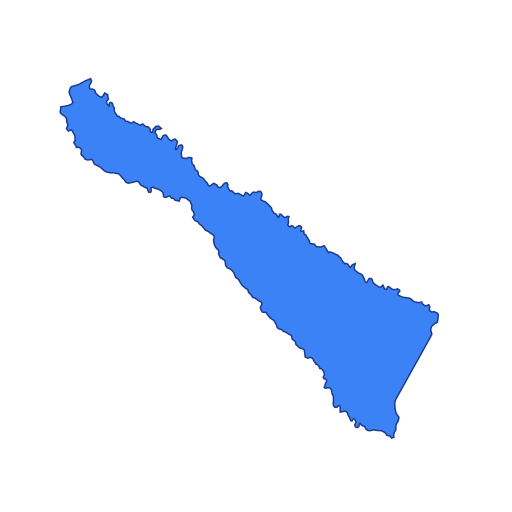 the district of Caçu, Goiás, Brazil, rotated 171°
{"feature_id": "56859067B96243703619067", "entity_name": "Caçu", "entity_type": "district", "adm_level": 2, "iso_a3": "BRA", "parent_name": "Brazil", "parent_adm1": "Goiás", "projection": "robinson", "projection_center": [-51.053, -18.733], "detail": "fine", "context": "isolated", "style": "filled", "palette": "blue", "viewbox_px": 512, "rotation_deg": 171, "n_neighbors": 0, "source": "geoboundaries", "source_scale": "gbopen_adm2", "svg_char_len": 6097}
<svg xmlns="http://www.w3.org/2000/svg" viewBox="0 0 512 512"><g transform="rotate(171 256 256)"><path d="M425.5,433.9L425.6,432.5L426.7,429.8L426.9,428.1L425.6,426.3L423.6,424.5L422.6,423.3L421.5,421.3L422.0,418.2L421.2,415.1L423.3,411.4L421.8,408.8L418.4,409.5L416.2,403.7L416.1,401.9L416.4,400.4L416.6,398.3L417.5,397.4L418.2,396.3L416.5,392.6L416.4,391.2L414.5,391.3L412.6,390.0L411.9,388.8L411.9,387.1L412.9,384.1L412.4,382.6L411.4,381.8L410.5,380.4L409.7,378.4L407.9,377.4L406.6,377.1L403.3,377.2L402.4,376.0L401.9,374.7L401.5,372.6L400.5,371.5L396.1,368.3L392.6,364.0L390.2,362.2L386.6,360.9L383.2,360.4L381.4,359.4L380.0,359.2L378.7,358.6L377.7,357.3L375.6,353.8L374.3,352.3L373.1,349.5L372.0,348.5L370.8,347.9L366.8,348.0L362.4,348.5L360.4,347.9L359.5,345.5L358.5,343.8L356.6,342.6L354.5,340.8L352.9,340.3L352.5,337.4L351.9,335.7L350.3,335.3L349.4,336.4L349.0,339.8L347.0,340.1L345.2,338.6L343.6,338.1L340.3,336.0L338.6,334.2L337.9,332.4L338.0,328.9L335.8,328.0L331.9,329.0L330.4,326.2L328.4,325.9L327.3,323.8L325.9,323.3L323.3,322.2L321.8,325.1L320.3,325.6L316.2,324.2L312.4,320.2L312.2,318.7L311.5,316.1L312.2,312.6L311.9,311.3L310.7,309.0L310.5,307.0L311.0,305.6L312.5,304.3L311.3,301.5L310.5,300.5L309.6,299.7L308.1,298.9L306.7,296.2L305.4,295.1L304.4,293.8L301.9,289.4L299.1,287.6L297.5,285.7L295.6,284.2L294.1,282.3L294.5,280.0L295.5,278.6L295.5,275.3L295.2,273.0L294.6,271.2L293.7,269.4L292.2,268.0L292.1,265.8L292.6,263.8L291.5,259.7L288.6,257.6L287.4,256.2L287.4,251.3L286.0,248.7L283.8,247.4L281.5,244.9L280.5,242.8L279.4,238.0L277.1,235.9L274.7,230.0L271.5,225.8L269.5,224.4L268.9,221.0L267.1,218.8L265.7,215.6L263.5,214.5L260.0,211.1L257.6,209.3L257.8,207.4L259.8,204.5L259.5,202.0L258.4,199.5L254.7,198.7L254.0,196.4L251.7,192.6L248.5,189.7L246.4,184.3L246.3,182.1L245.1,180.6L242.3,179.4L240.6,177.1L239.3,176.7L233.5,171.9L233.2,168.2L230.4,165.2L230.6,162.7L227.6,158.6L224.4,157.0L223.0,155.7L223.2,148.4L220.8,147.0L218.0,147.4L216.0,145.8L215.1,142.7L214.1,141.3L214.0,140.0L212.7,139.4L211.0,137.3L210.7,135.0L209.1,134.4L207.6,132.3L206.9,129.5L207.1,127.8L208.6,125.7L208.1,124.2L205.9,123.1L205.7,121.5L207.5,119.0L208.0,117.4L209.2,115.8L208.2,114.5L205.3,114.6L203.5,114.0L202.5,112.2L202.3,107.3L201.5,105.8L202.1,101.2L202.8,98.5L202.8,95.9L201.8,94.2L199.6,93.9L198.1,95.3L196.7,95.1L196.5,93.3L196.9,91.5L197.3,88.7L195.7,88.6L192.5,89.0L190.4,87.3L189.8,84.0L188.9,81.9L188.2,78.6L187.1,78.0L186.0,79.3L184.5,79.9L183.6,78.2L183.2,76.2L184.9,73.7L184.5,71.5L182.6,70.7L181.1,71.4L180.5,73.5L179.5,74.4L178.6,73.0L177.4,71.7L175.1,70.3L174.6,67.9L172.9,66.2L170.4,65.6L166.6,65.9L164.6,65.0L159.3,63.7L156.1,61.3L154.8,58.5L152.9,57.7L151.5,56.9L150.7,55.0L148.2,55.3L148.0,57.9L147.1,59.9L145.1,62.4L144.3,66.7L143.2,68.7L141.5,70.6L140.5,72.8L140.1,74.6L141.6,77.1L142.5,80.8L142.4,85.3L141.8,89.8L140.3,92.6L98.0,146.6L94.6,151.1L94.6,152.7L95.0,155.3L94.6,157.0L93.6,159.0L90.1,161.2L87.3,162.2L86.3,164.8L85.1,169.6L85.8,171.2L88.9,173.2L91.2,173.2L93.4,175.3L92.3,178.7L93.0,180.8L95.4,180.3L96.9,180.3L99.0,182.7L99.7,184.7L102.3,184.4L106.1,185.6L107.4,186.5L110.5,190.2L117.7,192.4L121.8,195.2L121.7,197.2L119.5,198.6L119.6,199.9L121.5,201.5L123.4,200.9L125.7,201.4L127.1,202.2L129.8,205.1L131.1,204.7L132.2,202.5L134.5,203.6L134.6,205.6L135.2,207.4L136.2,206.9L137.2,205.7L139.5,206.1L143.5,210.0L144.8,212.0L144.9,214.4L145.7,215.8L147.9,216.0L150.8,212.4L151.9,212.9L152.5,214.5L152.5,216.6L153.4,218.6L153.8,220.4L155.4,222.0L157.2,223.0L159.8,225.6L160.6,226.9L161.1,228.5L159.2,233.0L162.2,232.3L164.6,229.8L165.8,231.7L166.4,233.3L167.8,234.5L169.4,234.4L170.7,236.2L171.9,238.5L172.8,241.2L174.2,242.4L174.9,244.0L176.7,244.9L178.6,246.5L182.3,248.5L183.9,248.0L187.0,255.5L191.0,254.7L193.9,255.5L195.2,256.0L196.4,258.6L200.2,259.7L201.0,260.6L201.0,262.9L202.2,265.5L203.4,268.8L205.1,270.5L205.0,273.4L206.7,273.1L208.0,273.7L206.4,277.3L207.5,278.8L209.0,279.2L212.2,277.9L213.5,277.6L214.8,279.6L215.8,280.4L218.3,279.5L219.9,281.8L219.1,282.9L218.5,284.8L218.4,287.3L217.3,289.8L218.9,290.3L220.4,289.4L221.8,289.8L222.7,290.4L224.9,293.4L226.3,293.6L227.0,291.2L228.2,290.6L229.3,293.8L230.4,294.9L231.7,295.6L232.4,297.4L233.0,298.5L233.1,300.9L234.4,303.0L238.4,308.3L240.0,308.9L242.4,310.9L241.9,313.0L241.0,314.1L240.4,316.3L240.9,318.3L242.1,319.4L243.9,319.4L245.5,318.6L248.7,319.5L250.0,318.8L252.5,316.7L254.5,319.3L256.3,320.4L258.0,318.1L259.2,317.2L263.5,320.6L267.1,320.8L269.7,324.2L271.7,324.5L273.2,328.7L272.6,331.0L273.4,333.0L275.5,332.8L277.1,331.8L278.8,330.1L280.8,329.1L283.1,330.4L283.4,332.2L284.8,333.1L286.1,334.4L288.1,333.7L289.7,332.6L290.9,332.4L292.3,333.5L292.6,335.5L294.5,338.1L295.9,341.0L298.8,343.2L299.9,344.4L300.3,345.8L300.1,347.3L300.5,349.1L302.4,350.5L303.0,355.0L304.6,356.9L304.7,360.5L303.9,362.5L304.9,363.4L307.5,363.9L309.3,363.1L313.5,364.5L313.9,366.1L313.7,369.8L311.7,373.8L311.3,375.4L311.5,376.8L312.5,377.4L314.2,377.3L315.4,376.7L316.3,375.1L317.6,373.6L318.7,373.9L318.3,376.1L317.4,377.2L315.8,381.0L316.2,382.4L317.8,384.3L321.8,382.9L323.9,385.2L325.2,388.3L326.3,389.6L327.5,389.7L329.0,389.3L330.2,387.7L331.5,385.9L335.2,388.3L335.1,389.7L335.1,391.1L336.5,393.4L335.4,395.7L334.1,396.6L331.4,396.1L329.5,396.7L331.7,399.4L332.9,399.7L334.8,399.6L337.7,397.4L338.9,394.5L340.3,394.5L341.1,395.9L340.5,397.4L341.2,399.0L342.6,400.6L344.6,401.0L347.3,404.2L349.7,403.2L354.2,406.2L355.7,407.8L357.7,406.9L359.0,406.8L360.1,407.8L361.6,409.0L363.9,409.5L364.6,411.8L367.0,412.9L368.4,413.7L369.5,415.4L371.0,415.6L371.7,417.5L373.1,420.2L373.1,422.4L372.8,424.4L373.7,426.6L373.9,429.2L375.3,430.5L376.6,430.2L377.8,427.2L379.3,429.2L379.5,432.3L377.1,434.0L377.4,435.8L377.3,438.6L380.0,440.7L381.6,438.6L383.4,436.9L386.0,438.3L388.2,441.0L389.0,442.4L389.2,444.5L390.1,445.7L391.6,446.5L393.6,446.7L394.1,447.9L393.9,450.6L392.1,452.6L391.0,454.7L391.6,457.0L397.6,455.6L404.3,453.1L411.6,452.2L413.0,451.1L415.0,447.3L414.7,444.7L414.0,442.3L412.8,436.4L414.3,435.0L417.1,434.1L422.0,433.8L425.5,433.9Z" fill="#3b82f6" stroke="#1e3a8a" stroke-width="1.5"/></g></svg>